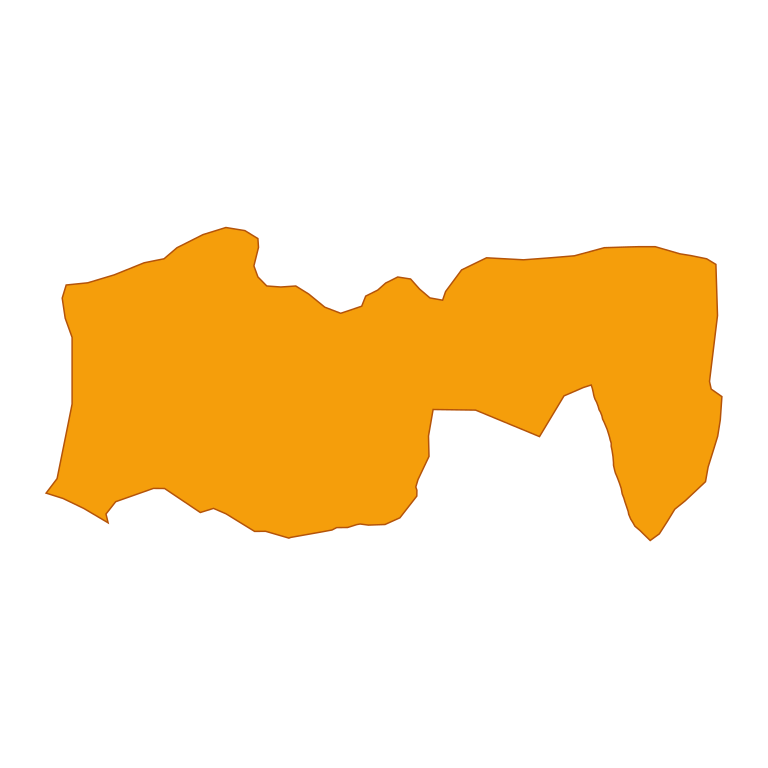 outline of Odo Otin, Osun, Nigeria
{"feature_id": "59680162B86061563506110", "entity_name": "Odo Otin", "entity_type": "district", "adm_level": 2, "iso_a3": "NGA", "parent_name": "Nigeria", "parent_adm1": "Osun", "projection": "orthographic", "projection_center": [4.703, 8.017], "detail": "fine", "context": "isolated", "style": "filled", "palette": "amber", "viewbox_px": 768, "rotation_deg": 0, "n_neighbors": 0, "source": "geoboundaries", "source_scale": "gbopen_adm2", "svg_char_len": 1917}
<svg xmlns="http://www.w3.org/2000/svg" viewBox="0 0 768 768"><path d="M87.8,282.8L66.2,285.0L62.2,298.1L65.2,318.2L72.1,337.4L72.1,361.1L72.1,362.6L72.1,376.7L72.1,404.0L67.9,425.1L57.1,478.6L46.1,493.1L63.1,498.5L83.9,508.5L108.1,522.8L106.0,514.0L115.7,501.7L153.4,488.4L164.6,488.5L200.3,512.5L213.5,508.4L226.0,513.8L254.6,531.4L265.6,531.3L288.9,538.1L290.8,537.4L322.3,531.8L332.0,530.0L336.7,527.6L347.6,527.5L356.8,524.6L360.1,524.0L368.4,525.1L385.0,524.5L399.9,517.8L416.8,496.1L416.9,490.2L415.8,487.0L418.0,479.6L429.0,456.4L428.5,436.0L433.1,409.5L475.6,410.1L539.5,436.6L564.0,395.9L583.4,387.5L591.2,385.0L592.3,388.3L593.3,392.7L593.6,394.5L594.2,396.9L595.1,399.4L596.6,402.2L598.1,406.2L599.1,409.8L600.4,412.0L601.9,415.8L602.6,419.1L604.0,421.9L605.7,425.9L607.2,429.5L608.5,433.7L609.5,437.0L610.2,440.0L611.2,443.1L611.2,446.3L612.0,450.1L613.0,456.6L613.5,462.7L613.5,465.2L614.7,470.5L615.5,473.3L616.7,476.0L618.0,479.3L619.5,483.3L621.2,488.4L622.2,493.9L623.9,498.2L624.9,501.7L626.7,507.0L628.2,511.5L628.7,514.3L630.7,519.1L632.9,522.6L634.9,526.2L640.0,530.5L643.1,533.6L650.2,540.5L657.2,535.4L659.3,533.9L667.4,521.3L674.8,509.2L685.2,500.8L705.5,481.7L708.1,467.1L713.8,448.9L717.7,436.2L720.3,419.8L721.9,396.6L711.2,389.1L709.5,381.4L717.5,315.6L715.9,264.4L706.7,258.8L691.0,255.6L679.8,253.8L655.3,246.7L638.3,246.7L626.7,247.0L604.3,247.7L574.4,255.8L550.4,257.8L523.5,259.8L523.4,259.8L512.4,259.2L486.5,257.8L461.6,269.9L445.6,291.5L442.6,300.2L429.9,297.9L419.6,289.1L410.6,279.0L397.7,277.0L388.4,281.7L385.7,283.0L377.7,290.1L365.7,296.1L361.7,306.2L340.7,313.3L324.8,307.2L308.8,294.1L295.8,286.0L280.8,287.0L266.9,286.0L266.1,285.3L257.9,276.9L255.5,270.3L253.9,265.9L258.5,247.4L257.9,238.6L244.9,230.6L225.9,227.5L215.9,230.6L203.0,234.6L177.0,247.7L164.0,258.8L155.4,260.5L144.1,262.8L114.1,274.9L87.8,282.8Z" fill="#f59e0b" stroke="#b45309" stroke-width="1.5"/></svg>